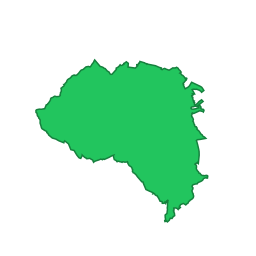 Chiliile, Buzau, Romania (orthographic projection), rotated 201°
{"feature_id": "2599482B72607399791011", "entity_name": "Chiliile", "entity_type": "district", "adm_level": 2, "iso_a3": "ROU", "parent_name": "Romania", "parent_adm1": "Buzau", "projection": "orthographic", "projection_center": [26.575, 45.45], "detail": "fine", "context": "isolated", "style": "filled", "palette": "green", "viewbox_px": 256, "rotation_deg": 201, "n_neighbors": 0, "source": "geoboundaries", "source_scale": "gbopen_adm2", "svg_char_len": 5666}
<svg xmlns="http://www.w3.org/2000/svg" viewBox="0 0 256 256"><g transform="rotate(201 128 128)"><path d="M183.5,179.6L183.7,178.4L183.7,177.0L184.5,174.5L184.7,172.9L185.3,171.4L187.0,171.3L189.1,170.0L190.4,167.6L190.5,166.9L192.2,165.5L192.7,164.8L193.8,161.2L194.8,159.1L195.2,158.8L195.3,158.5L196.6,158.0L196.8,158.3L197.8,157.8L199.2,156.1L199.4,154.8L200.2,153.4L200.6,153.1L201.7,151.5L201.9,150.5L202.0,149.5L201.8,149.0L202.7,147.0L202.8,145.9L203.4,145.6L202.9,145.3L202.9,144.2L204.0,142.5L204.1,142.0L204.8,141.1L204.0,139.9L203.4,138.2L203.7,136.8L203.3,135.5L203.4,134.8L202.9,134.1L203.4,133.1L204.1,132.5L206.1,131.6L207.7,131.5L208.4,130.8L208.8,130.0L210.6,128.3L210.7,127.4L210.4,126.1L211.1,123.0L211.6,121.9L211.6,121.1L212.6,120.4L212.7,116.2L215.7,114.4L217.6,113.8L219.6,112.5L220.1,111.9L220.2,111.3L219.4,109.5L218.3,109.2L217.0,107.0L216.0,106.4L215.4,106.2L214.9,105.3L213.3,104.4L212.7,103.6L211.8,101.0L210.3,99.2L208.8,97.1L207.7,96.4L205.9,96.2L205.3,95.8L204.3,95.9L202.6,95.5L202.1,94.6L200.8,94.2L199.5,93.0L195.1,91.5L191.4,91.8L188.1,91.3L182.6,91.2L182.7,92.1L182.5,93.3L177.9,91.9L173.6,87.3L170.3,87.7L166.1,84.4L163.2,82.7L162.6,82.6L161.2,82.7L160.9,85.5L161.1,86.3L160.2,85.8L159.5,85.8L159.1,85.5L157.7,85.0L156.6,85.1L156.1,84.6L155.5,84.5L152.7,86.0L151.2,85.6L149.7,85.5L149.0,85.1L148.6,84.3L147.8,83.7L147.6,84.3L146.7,85.4L143.7,87.8L142.3,89.2L140.4,89.3L140.2,90.0L139.9,90.2L138.8,90.2L135.3,93.7L132.9,96.5L131.6,97.5L131.7,96.8L131.6,96.5L129.5,93.6L127.5,93.4L126.1,92.6L125.8,93.1L124.8,93.6L123.2,93.6L122.5,93.9L121.2,93.8L120.8,94.6L120.6,94.7L119.0,94.9L117.9,95.3L116.8,95.9L116.5,96.3L115.9,95.8L115.6,95.1L114.0,93.7L113.1,93.2L111.9,93.1L111.0,92.8L109.9,92.0L109.5,91.3L108.9,91.0L108.9,90.7L108.6,90.4L108.4,89.3L108.2,88.9L107.4,88.5L107.1,88.1L105.7,88.1L104.9,87.6L104.2,87.5L101.6,85.8L95.8,82.7L94.5,82.9L93.9,81.9L89.2,77.0L84.9,76.7L83.0,76.7L82.4,76.6L82.1,76.3L81.2,76.5L80.8,76.3L80.9,75.7L80.2,76.2L79.7,76.2L78.7,75.3L77.2,75.0L76.7,75.3L73.9,73.1L71.8,71.1L69.9,71.5L69.6,71.2L69.0,70.0L67.7,70.5L67.1,71.2L66.4,71.0L66.9,71.8L66.7,72.0L66.8,72.3L66.2,72.2L65.9,71.8L65.7,71.9L65.8,72.4L65.2,72.6L65.6,73.2L65.1,73.5L65.5,74.0L65.1,74.2L65.1,74.7L64.7,74.7L64.7,74.1L64.2,72.9L64.1,71.5L63.3,69.9L63.0,68.7L62.8,68.3L62.8,67.6L62.0,66.2L61.0,62.1L62.1,60.3L62.1,59.9L61.0,57.4L60.2,56.3L60.1,55.9L60.6,54.8L60.0,53.9L59.4,54.3L59.3,54.5L58.9,54.5L58.7,55.0L57.5,54.5L56.4,56.7L56.2,58.9L54.5,59.3L54.3,60.0L54.2,60.9L53.7,61.9L53.0,62.9L54.2,65.2L55.2,65.9L55.2,66.5L55.9,66.9L55.9,67.2L55.6,67.6L55.8,68.0L55.8,68.4L56.3,69.0L56.6,69.6L54.7,70.5L53.4,70.5L52.0,69.9L51.9,70.9L51.6,70.9L51.6,71.4L51.3,71.5L51.4,71.8L51.0,71.9L51.0,72.3L50.7,72.6L52.0,73.4L51.6,74.2L51.5,75.3L49.4,77.3L49.1,77.4L46.5,76.9L45.9,78.3L45.1,79.2L44.9,81.2L44.2,82.3L44.1,83.0L43.0,84.2L42.3,85.6L42.1,86.5L42.3,88.0L43.3,89.2L43.4,89.8L43.9,90.0L45.8,92.2L45.9,92.7L45.7,93.2L45.6,94.0L45.9,94.9L45.8,95.3L47.2,96.2L47.3,97.4L46.8,98.5L44.5,100.2L43.5,100.5L43.0,102.2L40.9,104.2L39.9,105.5L39.5,106.4L39.4,107.8L37.8,109.3L36.3,109.5L36.0,109.6L35.8,110.0L36.4,110.7L36.5,111.5L36.3,111.7L36.5,111.9L36.8,112.0L37.6,112.0L40.1,110.6L40.8,110.7L41.8,110.2L43.2,110.6L44.6,111.5L45.6,111.3L46.3,112.2L48.0,113.0L49.4,114.2L49.9,115.1L50.0,116.1L50.7,117.4L51.3,117.9L52.5,118.2L52.4,118.8L51.4,119.8L51.0,120.6L50.5,120.1L49.6,119.9L51.8,128.1L53.2,131.5L54.4,133.5L57.1,137.5L59.4,140.6L59.6,140.7L59.1,141.9L56.7,143.1L51.6,146.2L53.4,147.0L54.6,147.0L55.7,147.6L56.3,148.2L58.3,148.7L58.5,149.1L60.8,150.7L63.0,151.4L63.3,151.7L63.3,152.3L63.5,152.7L64.7,153.6L65.1,153.6L65.7,153.3L66.7,154.1L66.9,154.8L67.9,155.5L69.1,157.2L69.9,157.5L69.9,158.5L70.0,159.3L70.4,159.8L71.9,161.3L72.5,161.3L73.2,162.6L73.0,163.4L73.5,164.4L73.3,164.6L73.3,165.1L71.9,165.1L67.2,169.8L64.2,170.2L63.4,169.9L63.3,171.4L63.5,171.9L64.4,172.4L65.8,172.1L66.9,172.2L67.2,172.8L67.3,173.7L68.0,173.9L69.0,174.9L70.2,174.1L70.4,173.5L69.8,172.9L69.7,172.5L69.2,172.2L70.9,171.0L71.5,170.3L74.0,168.9L75.4,168.5L76.3,169.1L76.3,170.1L75.4,170.9L74.6,171.2L73.8,172.0L72.2,172.8L71.3,172.8L70.9,173.8L67.4,179.7L69.4,180.7L70.8,178.7L71.5,177.4L71.6,176.7L73.1,173.8L74.3,173.6L74.9,175.5L75.6,175.3L76.2,175.9L75.9,176.4L75.8,176.9L76.6,176.9L77.0,177.1L77.9,178.4L78.0,178.7L78.3,179.0L78.4,179.6L78.6,179.5L78.7,179.8L79.3,180.0L80.1,180.9L80.1,181.1L79.6,181.2L79.6,181.7L78.9,182.5L79.0,182.8L79.6,183.1L78.4,183.4L78.0,183.6L81.9,186.9L80.8,187.7L78.4,188.4L77.9,188.8L75.0,188.8L73.2,188.4L72.1,187.7L70.6,190.2L72.7,191.8L73.9,192.5L75.5,192.8L85.0,193.5L85.8,189.2L86.5,187.7L88.7,185.1L91.4,187.6L91.9,188.3L91.6,188.5L91.8,188.8L92.6,189.5L92.0,190.6L91.3,192.8L90.8,193.6L90.8,194.4L90.9,195.4L91.6,195.5L92.3,195.2L92.2,194.6L93.9,195.9L95.6,196.7L96.5,196.7L98.0,197.6L99.3,197.8L98.4,199.2L99.9,200.2L101.5,200.8L102.5,201.7L104.4,202.1L105.5,200.9L106.3,200.7L106.8,200.3L107.6,200.3L110.3,196.7L113.5,196.6L115.1,196.8L116.6,195.6L116.9,194.8L117.3,194.7L118.2,194.8L118.4,196.0L120.7,195.8L124.7,196.0L132.3,194.7L133.2,194.8L133.3,194.3L134.0,194.6L135.2,194.5L135.7,194.8L140.7,194.4L140.6,193.7L140.8,192.9L140.6,192.4L140.8,192.2L141.1,192.3L141.2,191.5L141.4,191.0L142.5,190.3L142.1,189.4L141.3,189.4L142.6,186.6L149.8,184.9L150.9,188.5L153.3,189.2L153.7,188.5L154.3,187.7L154.5,186.6L155.1,186.6L155.0,185.6L155.5,185.2L156.1,184.2L157.2,183.8L158.0,184.2L158.4,182.7L159.0,181.4L160.5,179.6L159.9,178.5L162.2,172.4L163.3,171.9L164.4,172.2L165.6,173.4L167.8,173.8L170.6,175.3L171.8,175.2L172.7,175.6L174.3,175.7L176.0,175.5L183.5,179.6Z" fill="#22c55e" stroke="#15803d" stroke-width="1.5"/></g></svg>